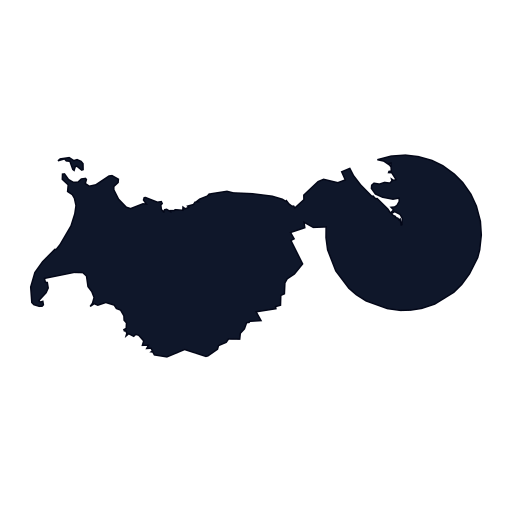 the district of Sligo-Strandhill Lea-6, Sligo, Ireland
{"feature_id": "5873133B64230948512776", "entity_name": "Sligo-Strandhill Lea-6", "entity_type": "district", "adm_level": 2, "iso_a3": "IRL", "parent_name": "Ireland", "parent_adm1": "Sligo", "projection": "orthographic", "projection_center": [-8.544, 54.265], "detail": "fine", "context": "isolated", "style": "filled", "palette": "ink", "viewbox_px": 512, "rotation_deg": 0, "n_neighbors": 0, "source": "geoboundaries", "source_scale": "gbopen_adm2", "svg_char_len": 3308}
<svg xmlns="http://www.w3.org/2000/svg" viewBox="0 0 512 512"><path d="M377.4,159.7L383.8,161.1L389.6,165.1L388.7,163.5L391.0,163.0L390.9,165.8L389.7,165.2L391.1,167.1L391.3,171.1L389.0,171.4L388.6,172.6L391.7,172.7L396.1,179.6L393.6,180.4L391.5,179.0L392.0,180.9L389.8,183.1L384.6,182.4L379.4,184.1L374.0,183.2L371.7,185.2L371.4,188.4L375.4,194.0L382.5,197.2L393.0,199.2L399.0,198.1L399.3,201.3L397.0,205.4L394.6,207.0L391.1,207.3L393.6,209.9L390.7,212.8L391.4,213.6L394.7,211.6L400.1,214.4L402.3,218.2L402.0,224.7L401.2,225.0L400.1,219.1L399.1,220.1L397.8,218.2L395.3,217.5L395.5,216.5L393.0,215.3L391.3,213.5L390.2,212.7L387.9,209.1L377.1,198.5L375.6,198.7L373.0,196.0L372.0,196.5L360.7,185.0L353.5,175.6L349.8,168.4L341.7,171.8L345.3,179.9L337.8,182.7L323.6,179.3L318.1,181.6L303.8,195.1L303.9,199.7L294.8,208.0L293.7,206.1L291.9,206.2L288.8,203.8L286.4,200.6L285.7,201.3L282.3,199.2L272.2,196.2L252.1,193.7L233.3,192.9L227.0,191.3L210.8,193.8L209.7,194.4L210.0,195.6L209.1,194.1L207.3,196.1L199.7,199.1L196.9,201.3L197.9,201.8L195.0,202.2L193.5,204.5L187.6,206.1L188.8,207.4L183.6,209.3L184.2,208.0L183.0,207.1L182.8,210.3L175.5,209.7L174.7,210.5L175.1,209.5L174.3,210.6L170.4,210.6L170.6,211.7L166.6,209.3L164.7,209.7L163.5,211.4L164.6,211.8L163.4,211.9L161.4,209.5L160.8,205.2L162.2,203.5L161.3,201.6L157.5,202.2L145.5,197.5L144.2,197.7L143.5,200.0L146.4,204.1L142.9,203.8L130.6,208.6L126.3,207.2L118.5,199.1L113.8,189.8L113.8,186.5L118.1,182.5L118.4,179.2L112.0,175.6L109.0,176.0L95.8,184.8L89.3,186.2L85.3,183.5L86.4,179.5L85.5,178.4L81.3,179.0L77.9,182.2L73.3,182.3L68.5,179.5L64.5,173.9L62.5,174.1L62.3,179.3L68.2,184.8L67.6,191.5L72.3,194.6L74.4,198.2L76.0,205.6L74.8,213.8L71.0,225.9L60.2,244.4L56.2,249.5L54.9,249.3L42.6,261.7L34.9,272.5L30.7,287.0L31.8,302.5L33.9,304.7L39.2,306.3L42.1,306.2L43.4,304.8L42.8,301.3L40.3,302.1L38.8,300.6L46.1,292.7L48.2,288.0L47.3,282.5L45.4,282.3L44.4,278.4L74.0,272.4L82.8,272.6L86.5,276.0L88.0,286.6L91.8,291.6L94.1,297.5L92.5,303.2L90.2,306.4L94.2,303.7L97.8,305.2L105.8,302.5L114.2,305.1L116.4,308.5L120.6,310.1L123.9,315.8L124.1,320.2L126.5,322.9L126.2,328.4L123.9,329.6L124.4,330.9L126.6,330.6L125.7,331.1L126.9,333.0L126.1,335.9L128.7,333.7L133.7,336.3L135.7,334.4L138.7,335.2L143.7,340.9L142.4,345.3L148.5,345.2L146.7,348.5L151.0,348.2L152.5,350.8L151.2,351.8L152.8,352.0L154.4,354.9L166.9,356.9L184.6,349.5L205.9,356.4L207.9,355.9L217.5,349.2L218.5,345.6L226.2,342.3L228.5,339.0L239.7,339.1L240.3,333.3L244.4,328.9L246.6,322.7L249.1,322.4L249.7,321.3L261.0,320.6L256.1,311.8L275.9,308.7L275.5,306.6L280.5,305.2L280.8,295.4L284.4,293.8L284.9,282.9L287.2,278.8L294.4,274.0L302.6,263.9L290.9,240.5L294.1,238.8L290.5,232.5L304.8,227.7L304.0,222.2L313.3,227.4L326.1,226.9L326.0,237.7L327.6,249.8L335.8,270.9L348.9,288.3L356.3,294.7L366.0,300.9L387.4,308.6L400.4,310.4L410.7,310.1L421.7,308.4L434.7,304.1L453.8,292.3L461.7,284.5L469.5,273.8L477.7,257.6L479.7,249.8L481.3,235.1L480.4,221.3L476.4,206.1L470.9,194.2L462.7,182.5L454.3,174.1L442.8,165.7L431.9,160.4L418.3,156.6L405.4,155.1L391.1,156.1L377.4,159.7ZM81.1,161.4L77.1,159.6L73.8,160.6L69.2,157.6L60.2,158.9L58.0,160.8L64.5,158.9L66.3,160.9L69.9,161.3L72.8,169.4L74.1,170.4L75.2,166.8L76.8,166.1L81.7,170.1L83.1,169.6L83.0,163.7L81.1,161.4Z" fill="#0f172a" stroke="#020617" stroke-width="1.5"/></svg>